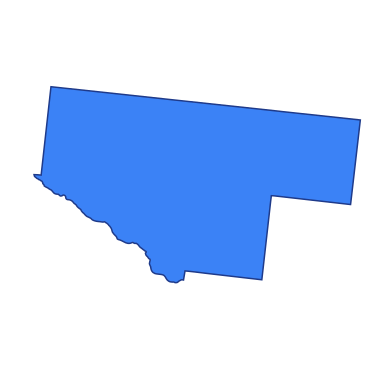 Martires, Chubut, Argentina (Natural Earth projection), rotated 97°
{"feature_id": "61730980B5870054171142", "entity_name": "Martires", "entity_type": "district", "adm_level": 2, "iso_a3": "ARG", "parent_name": "Argentina", "parent_adm1": "Chubut", "projection": "natural_earth1", "projection_center": [-66.778, -43.8], "detail": "fine", "context": "isolated", "style": "filled", "palette": "blue", "viewbox_px": 384, "rotation_deg": 97, "n_neighbors": 0, "source": "geoboundaries", "source_scale": "gbopen_adm2", "svg_char_len": 3502}
<svg xmlns="http://www.w3.org/2000/svg" viewBox="0 0 384 384"><g transform="rotate(97 192 192)"><path d="M185.1,33.1L182.8,33.1L100.0,33.7L101.2,112.6L101.2,114.8L102.9,225.6L104.7,344.8L184.7,343.9L193.6,343.8L193.7,347.2L194.0,350.9L194.8,350.6L195.5,350.3L196.0,349.8L196.7,348.6L197.2,348.0L197.5,347.4L197.7,346.7L198.0,346.0L198.4,345.5L198.4,344.7L198.8,344.1L199.2,343.5L199.4,342.6L199.9,342.0L201.0,341.3L201.8,341.1L202.3,340.6L202.8,340.0L203.4,339.5L204.0,339.4L204.5,338.4L204.8,337.7L205.1,337.0L205.3,336.2L205.6,335.5L206.0,334.9L206.3,334.2L206.6,333.5L206.9,332.9L207.1,332.2L207.5,331.5L208.0,331.0L208.6,330.4L209.4,329.4L209.9,328.9L210.3,328.0L210.5,327.3L210.6,326.1L210.6,325.3L210.5,324.6L210.9,323.8L211.4,323.2L211.8,322.6L212.0,321.9L211.7,320.7L211.2,320.1L210.7,319.5L210.7,318.7L210.9,318.0L211.3,317.4L211.8,316.9L212.6,316.7L213.4,316.5L214.0,316.1L214.5,315.5L214.7,314.8L214.7,314.1L214.7,313.3L214.7,312.4L214.9,311.7L215.1,311.0L215.4,310.3L215.8,309.7L216.6,308.7L217.2,308.1L217.7,307.6L218.0,306.9L218.4,306.3L218.8,305.6L219.3,305.1L220.0,304.6L220.5,304.1L221.0,303.5L221.4,302.9L221.8,302.3L222.2,301.6L222.5,301.0L222.9,300.3L223.5,299.9L224.2,299.5L224.7,298.9L225.3,298.4L225.8,297.8L226.1,297.2L226.6,296.5L227.1,296.0L227.6,295.4L228.1,294.8L228.5,294.2L228.9,293.6L229.2,292.9L229.4,292.2L229.6,291.5L229.9,290.8L230.1,290.1L230.4,289.4L230.8,288.8L231.3,288.2L231.7,287.6L232.0,286.9L232.2,286.2L232.4,285.5L232.5,284.8L232.6,284.0L232.7,283.3L232.7,282.6L232.7,281.9L232.7,281.1L232.7,280.4L232.6,279.7L232.7,278.9L232.7,278.2L232.7,277.5L232.7,276.8L232.5,276.0L232.2,275.4L232.4,274.7L232.8,274.1L233.1,273.4L233.4,272.7L233.8,272.1L234.2,271.5L234.7,270.9L235.3,270.4L235.7,269.8L236.2,269.2L236.8,268.7L237.4,268.2L238.0,267.7L238.7,267.3L239.4,267.0L240.1,266.7L240.8,266.4L241.5,266.1L242.1,265.5L242.7,265.0L243.2,264.5L243.7,263.9L244.2,263.3L244.7,262.7L245.1,262.1L245.6,261.6L246.3,261.2L247.0,260.8L247.7,260.4L248.0,259.8L248.2,259.1L248.3,258.4L248.4,257.7L248.6,257.0L248.8,256.3L249.0,255.6L249.3,254.9L249.5,254.2L249.8,253.5L250.0,252.8L250.3,252.1L250.5,251.4L250.6,250.7L250.7,249.9L250.8,249.2L250.7,248.5L250.6,247.8L250.4,247.1L250.1,246.4L249.7,245.7L249.4,245.1L249.3,244.4L249.7,243.7L249.9,243.0L250.0,242.3L249.8,241.6L249.8,240.9L250.2,240.2L250.5,239.6L251.0,239.0L251.5,238.4L252.1,237.9L252.6,237.4L253.1,236.8L253.5,236.2L253.8,235.5L254.2,234.9L254.6,234.2L255.0,233.6L255.4,232.9L255.7,232.3L256.2,231.7L256.3,231.1L256.5,230.6L257.0,230.1L257.7,230.3L258.1,230.7L258.8,230.7L259.5,230.3L260.2,230.0L261.1,229.1L261.6,228.3L262.2,227.8L263.2,226.9L263.6,226.2L263.9,225.5L264.8,225.2L265.4,225.3L266.2,225.4L267.6,225.5L268.4,225.5L269.1,225.2L270.5,224.4L271.1,224.0L272.1,223.7L272.8,223.5L273.6,223.2L274.3,222.9L275.0,222.5L275.6,222.0L276.1,221.5L276.6,220.9L277.1,219.7L277.4,219.0L277.5,218.2L277.6,217.3L277.6,216.1L277.6,215.1L277.6,214.4L277.6,213.7L277.6,212.4L277.7,211.5L277.8,210.8L278.0,210.1L278.4,209.4L279.3,208.4L279.9,207.9L280.5,207.5L281.1,207.0L281.7,206.5L282.4,205.8L282.8,205.2L283.4,204.1L283.7,203.2L283.8,202.5L283.8,201.7L283.8,200.5L283.6,199.7L283.6,199.0L283.9,198.3L284.0,197.4L283.9,196.7L283.7,196.0L283.4,195.3L282.8,194.8L281.8,193.8L281.4,193.2L281.0,192.6L280.5,192.0L280.4,191.1L280.3,190.4L280.4,189.7L271.2,189.3L271.1,186.8L271.0,179.3L271.0,167.9L270.6,112.0L191.8,112.8L186.0,112.8L185.8,110.2L185.1,33.1Z" fill="#3b82f6" stroke="#1e3a8a" stroke-width="1.5"/></g></svg>